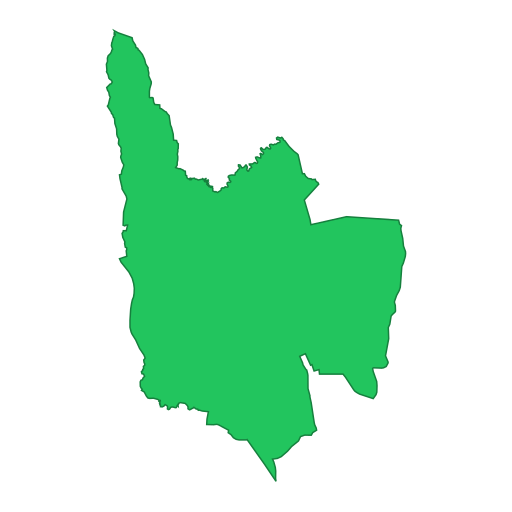 the district of Chaloem Phra Kiat, Nakhon Ratchasima, Thailand
{"feature_id": "78962969B71200223173278", "entity_name": "Chaloem Phra Kiat", "entity_type": "district", "adm_level": 2, "iso_a3": "THA", "parent_name": "Thailand", "parent_adm1": "Nakhon Ratchasima", "projection": "robinson", "projection_center": [102.265, 14.994], "detail": "fine", "context": "isolated", "style": "filled", "palette": "green", "viewbox_px": 512, "rotation_deg": 0, "n_neighbors": 0, "source": "geoboundaries", "source_scale": "gbopen_adm2", "svg_char_len": 6072}
<svg xmlns="http://www.w3.org/2000/svg" viewBox="0 0 512 512"><path d="M281.8,137.3L280.5,138.0L277.7,137.1L276.5,138.0L276.8,139.5L279.0,140.0L280.0,140.8L280.1,141.9L279.8,142.4L277.9,142.8L275.9,144.3L274.7,144.1L273.3,144.9L271.1,144.2L269.8,144.6L269.5,145.8L270.6,147.8L270.6,148.5L270.1,149.0L269.0,148.8L267.0,147.3L266.3,147.5L265.1,149.2L264.5,149.4L263.0,149.4L261.4,147.8L260.7,148.1L260.5,148.8L261.4,150.8L263.5,152.5L263.5,153.7L262.5,154.6L260.7,153.4L260.1,153.7L260.8,156.2L260.7,157.9L259.9,158.0L257.1,156.9L255.6,157.3L255.8,158.4L257.7,162.0L257.2,163.3L256.2,163.4L255.4,162.6L254.5,162.5L252.7,163.9L249.3,164.0L249.4,164.9L251.1,166.1L251.6,167.5L249.4,168.9L248.6,171.1L247.6,171.0L246.8,169.8L247.4,167.0L246.2,165.0L245.6,165.1L244.9,166.2L243.6,167.4L242.0,167.9L240.1,165.0L238.5,164.8L238.4,166.1L239.5,167.7L239.5,168.5L237.9,170.0L237.1,171.4L235.3,172.9L235.1,174.9L234.7,175.1L231.5,175.0L229.3,175.5L228.3,176.3L228.3,177.5L229.4,178.4L229.3,180.0L230.7,181.2L230.8,181.8L230.2,182.4L228.2,182.2L227.1,183.0L227.1,184.3L228.1,186.1L227.8,187.0L227.1,187.2L225.2,186.8L223.8,188.0L222.1,187.8L221.2,188.7L221.2,189.8L220.5,190.6L217.5,192.5L215.8,191.6L215.1,192.0L212.7,190.9L212.8,188.4L211.9,187.6L212.6,186.9L212.5,186.6L210.5,187.3L210.3,186.9L210.9,186.2L209.9,186.0L209.1,186.7L208.7,186.3L209.2,185.5L209.0,185.0L207.8,185.2L208.4,183.5L207.0,184.0L207.3,183.1L206.5,182.6L206.8,182.1L208.2,181.7L208.0,181.2L207.3,181.7L207.0,181.3L208.3,180.2L208.1,179.9L206.8,180.8L205.8,180.8L205.0,181.7L204.5,181.5L204.5,180.6L205.5,180.0L206.1,178.8L205.9,178.5L203.6,179.8L203.2,179.7L203.2,179.0L202.7,178.6L202.2,179.1L198.2,180.0L196.5,179.1L195.4,179.2L194.5,178.2L192.1,178.5L191.5,179.5L191.0,179.1L191.2,178.4L190.3,178.2L190.0,179.8L189.5,179.6L189.6,178.6L188.8,178.9L187.5,178.5L186.8,177.1L186.7,175.7L185.6,175.3L185.3,171.2L184.2,171.0L183.3,170.2L179.9,168.6L179.0,168.8L175.6,167.6L177.2,165.1L177.2,162.4L177.7,160.2L177.8,156.7L177.3,154.1L177.9,151.2L177.7,149.6L178.2,148.6L178.3,143.8L177.2,142.7L176.6,140.5L173.6,140.2L173.2,134.1L171.5,127.4L170.5,125.1L169.1,115.6L167.2,113.6L166.3,112.0L165.0,111.5L161.5,108.8L159.9,108.3L159.7,104.9L154.8,104.5L153.7,102.3L153.1,98.0L152.1,97.5L149.8,97.7L149.4,97.3L149.4,91.3L149.8,88.5L151.2,83.8L151.3,81.9L148.6,75.7L148.8,73.0L148.0,69.6L148.1,67.8L145.7,63.9L144.6,59.4L142.4,54.5L139.1,50.3L138.2,49.9L137.9,48.5L136.5,47.6L136.0,47.6L135.5,45.1L132.8,40.9L132.1,37.7L118.1,32.8L114.2,30.7L114.8,31.7L114.2,32.7L114.2,34.3L115.0,33.9L115.3,34.2L114.8,35.8L113.7,36.6L112.8,39.4L112.2,42.0L111.8,42.7L111.4,45.7L112.6,49.2L111.8,50.1L111.5,51.6L110.5,53.5L108.2,55.7L107.4,58.1L107.5,61.5L106.4,64.2L106.9,70.5L106.5,71.7L108.1,74.7L108.9,78.2L109.9,79.3L110.8,79.7L112.0,81.3L112.2,82.3L111.0,84.0L110.2,84.0L106.7,87.5L107.5,90.2L108.8,92.2L109.4,95.6L110.4,97.2L109.9,98.2L108.3,104.9L107.4,106.1L111.3,112.2L111.5,113.5L112.7,114.6L113.6,117.5L114.5,118.0L114.9,123.6L116.6,128.8L116.8,134.3L117.3,136.3L118.9,139.2L118.4,143.5L118.8,144.7L120.5,146.8L121.2,148.3L120.9,151.2L121.6,154.0L120.8,156.2L120.7,157.5L122.3,162.3L123.8,164.8L123.3,167.1L121.8,170.8L121.4,174.2L119.5,174.8L120.0,178.7L122.1,187.8L122.0,188.8L126.2,196.1L126.9,199.0L123.6,212.0L123.1,225.2L124.8,225.9L125.9,225.1L127.6,225.1L126.3,230.7L123.3,230.7L123.1,231.9L122.1,233.4L122.8,237.4L124.9,241.9L124.6,243.4L125.3,247.2L126.6,247.7L126.7,249.9L126.2,250.8L126.8,256.3L119.5,258.7L121.1,262.2L128.9,272.0L132.2,278.2L133.7,283.7L134.3,288.2L134.1,293.4L133.5,297.1L132.4,299.7L131.6,303.2L130.7,309.0L130.0,320.3L130.0,327.3L131.1,331.9L132.0,334.0L135.7,339.9L139.6,348.5L143.9,354.9L144.9,357.4L145.1,358.2L143.7,360.0L144.1,362.7L144.7,363.7L144.7,365.2L143.4,366.4L143.6,368.6L142.7,369.4L142.7,370.4L141.4,371.7L142.0,373.8L143.5,374.0L144.6,376.3L143.1,377.9L142.4,379.7L140.9,380.3L140.2,381.9L140.3,386.3L141.1,388.0L142.2,389.3L141.5,390.4L144.2,391.9L146.4,396.1L147.9,398.0L149.6,398.4L153.5,398.2L157.8,399.4L159.2,400.3L158.8,401.1L159.1,401.5L159.7,400.4L160.2,400.4L160.3,401.0L159.8,401.4L159.9,403.0L159.6,403.5L160.1,403.9L159.8,404.8L160.5,405.2L160.5,406.7L162.2,406.9L163.9,406.1L165.1,404.6L167.2,405.9L167.6,406.9L167.4,408.9L168.4,409.6L169.5,409.2L170.6,407.5L171.3,407.1L173.0,407.0L175.3,407.7L176.4,407.5L177.2,405.5L177.6,405.4L178.1,406.0L177.9,404.4L178.5,404.2L178.7,403.3L180.3,402.6L185.2,403.4L187.2,405.4L188.0,406.7L188.0,408.8L189.5,409.8L190.9,409.3L191.4,408.7L192.8,408.3L193.9,407.3L196.1,409.0L197.8,409.2L198.1,410.1L198.7,410.3L199.3,410.1L202.2,411.0L208.4,411.7L207.0,419.1L206.7,424.5L213.5,424.7L216.7,424.3L218.3,424.7L228.6,430.2L228.2,432.7L231.0,434.6L233.4,437.7L236.1,439.3L239.0,439.9L246.8,439.9L247.1,439.6L264.3,463.9L276.0,481.3L275.6,478.4L275.7,471.0L275.3,467.4L273.8,462.0L272.5,459.1L277.4,458.4L281.3,456.6L287.6,451.1L291.6,446.5L298.5,440.9L300.5,436.6L304.7,435.1L311.3,435.2L312.7,432.6L316.6,430.2L316.2,428.0L314.7,424.8L314.2,422.6L311.2,402.8L309.8,396.4L310.0,396.0L308.0,388.6L307.9,375.4L307.6,373.5L306.7,370.0L306.0,369.6L303.0,364.8L302.6,362.9L299.7,356.3L305.4,353.7L310.6,365.2L311.9,364.6L314.1,371.0L319.0,369.6L319.5,374.1L343.0,374.1L345.4,377.1L353.8,389.9L355.0,391.3L357.1,392.7L359.6,394.1L373.2,398.6L376.0,394.7L376.8,392.2L377.0,385.7L376.7,381.5L373.2,371.5L372.6,368.5L373.4,367.8L381.7,368.1L383.6,367.8L386.2,366.5L388.0,363.1L388.1,362.1L385.5,355.8L388.7,338.7L388.3,327.5L389.8,324.2L391.1,316.1L392.3,314.6L395.0,312.1L395.5,311.1L395.3,305.4L394.5,302.6L394.5,301.4L396.6,295.4L399.2,290.6L400.3,287.2L401.8,266.5L403.3,263.2L405.3,256.5L405.6,253.7L405.5,251.6L403.5,246.1L402.7,238.3L401.0,230.6L400.8,228.3L401.5,225.6L399.6,224.2L398.6,220.2L346.5,216.7L310.9,224.7L310.0,219.5L304.3,200.0L318.7,184.2L317.9,182.5L317.0,182.1L315.6,180.7L315.3,179.3L312.0,179.6L311.4,178.9L308.2,178.5L305.7,176.3L304.4,173.7L302.4,173.7L298.1,154.8L297.1,153.7L294.0,151.4L289.1,146.5L284.7,140.6L283.4,140.0L283.1,138.7L281.8,137.3Z" fill="#22c55e" stroke="#15803d" stroke-width="1.5"/></svg>